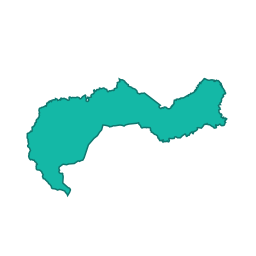 General Carneiro, Mato Grosso, Brazil, rotated 345°
{"feature_id": "56859067B19597598383135", "entity_name": "General Carneiro", "entity_type": "district", "adm_level": 2, "iso_a3": "BRA", "parent_name": "Brazil", "parent_adm1": "Mato Grosso", "projection": "mercator", "projection_center": [-53.353, -15.607], "detail": "fine", "context": "isolated", "style": "filled", "palette": "teal", "viewbox_px": 256, "rotation_deg": 345, "n_neighbors": 0, "source": "geoboundaries", "source_scale": "gbopen_adm2", "svg_char_len": 5821}
<svg xmlns="http://www.w3.org/2000/svg" viewBox="0 0 256 256"><g transform="rotate(345 128 128)"><path d="M132.3,78.4L132.1,81.1L129.4,81.4L129.2,82.7L127.9,84.7L128.1,85.8L127.7,86.3L125.2,86.5L124.8,86.7L124.5,87.8L123.7,88.0L123.2,87.6L120.5,87.6L119.5,87.2L118.6,87.8L117.9,87.7L117.5,86.9L117.4,85.2L116.0,84.4L115.3,83.3L114.6,83.0L112.4,83.2L111.7,82.9L111.1,82.1L110.6,82.2L110.4,82.9L109.7,83.4L108.1,82.8L107.5,83.1L107.2,83.7L106.1,84.1L105.2,82.5L104.6,82.8L104.6,85.1L103.5,86.0L101.4,86.3L100.7,87.0L100.6,88.5L98.3,88.6L97.1,87.8L96.8,88.1L96.8,89.0L97.4,90.0L97.4,90.9L96.4,91.8L95.6,91.9L95.1,91.6L94.6,91.0L94.6,90.3L95.5,88.8L95.0,87.8L95.5,85.7L95.2,85.1L92.2,86.0L90.8,87.1L89.7,87.5L89.0,87.2L88.6,86.0L86.9,85.0L85.6,85.2L82.0,84.1L81.1,84.3L79.9,83.0L79.3,83.0L78.9,83.5L78.6,85.6L77.3,85.8L76.8,85.5L76.1,84.3L75.4,84.0L73.9,82.7L72.7,82.9L71.1,81.8L70.7,82.1L70.6,83.1L70.1,83.5L69.3,82.8L68.6,83.2L67.2,83.2L67.0,81.9L65.6,80.8L65.4,81.5L64.8,81.9L63.6,81.5L61.7,81.5L60.9,82.7L60.4,82.4L60.1,81.7L58.6,81.9L58.5,82.7L57.6,82.5L57.3,83.0L56.5,82.9L55.9,83.1L55.9,83.8L55.3,84.6L55.0,85.4L54.5,85.8L54.0,85.2L52.2,85.7L50.9,85.9L50.0,85.7L49.1,86.1L48.2,86.0L47.5,86.2L46.6,87.7L46.5,90.5L45.9,90.8L45.7,93.0L45.2,93.4L45.1,94.3L44.0,94.8L43.8,95.5L43.4,95.8L42.7,95.8L41.5,96.6L41.0,97.7L41.1,98.4L40.7,98.8L39.8,98.9L39.3,99.4L39.0,100.7L38.3,101.0L37.9,101.7L36.5,102.1L36.2,102.6L35.5,102.5L35.2,104.3L34.4,106.2L33.9,106.4L33.1,105.9L32.1,106.8L31.4,106.9L30.9,107.3L29.6,107.2L29.1,107.6L29.0,109.0L28.5,109.7L28.6,110.4L28.2,110.8L28.1,112.0L28.6,113.2L28.0,114.6L28.3,115.1L27.9,115.8L28.0,117.5L27.3,118.5L26.6,118.9L26.4,120.0L27.6,121.6L28.0,124.4L26.3,126.2L26.2,126.7L25.5,127.4L25.7,128.2L24.8,129.3L24.7,130.0L24.8,131.7L25.3,133.1L25.8,133.6L26.4,133.4L27.6,133.9L27.9,134.5L29.1,134.9L29.4,136.4L30.1,137.0L30.3,138.0L30.8,138.8L30.9,139.6L29.9,139.9L29.8,140.7L29.2,141.6L29.2,142.6L28.8,143.7L29.4,144.9L31.8,145.8L33.3,147.9L33.3,148.9L34.0,151.3L33.0,152.3L32.8,153.1L33.2,154.0L33.0,154.9L34.6,155.9L34.9,156.9L35.8,158.0L35.9,158.6L36.8,159.8L36.9,161.1L37.9,162.1L38.8,164.4L38.7,166.1L39.2,166.9L42.1,168.1L43.9,169.7L45.9,169.6L47.5,170.3L50.6,172.5L50.9,173.8L52.1,176.3L52.2,177.6L54.9,175.0L56.3,173.0L56.4,172.4L55.9,171.0L54.7,170.1L50.9,164.4L50.9,163.7L52.6,158.8L52.9,157.5L52.7,156.0L53.1,155.4L52.9,154.8L51.1,154.5L50.1,153.4L50.0,152.0L51.0,151.1L50.7,149.3L51.5,147.8L55.7,146.2L56.3,146.3L59.2,147.6L61.5,147.4L66.9,148.4L70.9,147.0L71.6,147.0L72.6,147.7L73.8,147.3L76.1,147.3L77.9,145.4L85.4,134.0L92.4,129.2L96.4,127.5L99.3,124.8L102.0,123.0L104.5,118.7L105.9,119.1L108.8,120.5L110.4,121.6L110.5,122.1L112.7,122.3L114.4,122.0L116.0,122.5L120.9,123.0L122.9,123.8L124.7,125.1L126.4,124.4L129.8,124.4L137.7,125.7L139.6,125.7L139.6,127.3L140.4,128.4L140.7,129.3L140.7,130.3L141.5,131.6L143.4,131.5L144.8,132.0L145.4,132.0L145.9,132.5L146.4,132.4L149.4,133.4L149.6,135.0L149.1,135.7L149.7,137.3L149.5,138.0L150.0,138.2L150.9,139.3L151.9,140.9L153.1,141.6L154.4,143.1L154.4,145.5L155.1,145.9L154.9,146.6L155.4,147.3L155.3,148.3L156.0,148.6L158.6,148.7L158.2,149.3L158.6,149.6L158.8,150.3L159.4,150.3L159.8,150.7L161.5,151.0L162.5,150.7L163.2,151.8L163.9,151.8L164.4,151.3L164.8,150.5L164.5,149.3L165.1,148.7L167.9,149.7L169.9,150.0L170.7,148.9L171.9,148.8L173.3,150.3L176.1,151.0L178.6,149.5L181.3,148.6L181.9,148.8L182.3,151.2L182.9,151.3L183.8,150.6L185.2,150.8L186.5,149.3L187.3,148.8L188.8,148.3L188.9,149.9L189.4,150.3L190.8,148.5L192.5,148.4L194.5,147.5L194.9,146.9L194.9,145.8L195.4,145.7L196.4,146.0L198.9,147.1L201.2,145.5L201.9,144.7L203.6,144.2L204.2,144.7L204.8,144.7L205.5,144.2L206.1,145.4L207.7,146.0L209.9,148.5L210.8,149.2L211.1,150.2L211.7,150.5L213.1,150.6L213.6,150.1L213.3,148.1L213.7,147.7L214.6,148.5L215.7,148.7L217.3,148.1L217.8,148.1L218.6,149.6L219.1,150.0L220.7,150.3L221.9,150.0L223.1,148.1L223.7,147.9L223.1,146.6L225.7,144.8L224.8,143.7L224.0,144.1L223.5,143.9L223.2,142.5L222.2,143.2L221.8,142.1L220.9,141.7L221.0,140.9L222.0,139.9L221.9,139.0L221.7,138.6L221.0,138.8L220.0,136.4L220.3,134.1L222.0,133.7L221.8,132.8L221.9,131.9L221.3,131.4L221.2,129.6L222.4,129.1L223.3,129.3L223.0,128.4L223.2,127.7L224.6,127.1L225.5,125.6L225.7,124.3L226.4,123.5L228.5,122.2L228.3,120.9L230.1,119.9L230.5,120.2L231.0,120.1L231.3,119.6L231.0,118.2L230.6,117.7L231.0,116.8L230.6,116.2L230.2,114.5L229.6,113.4L229.7,112.6L229.2,112.3L229.6,111.6L229.3,110.8L229.4,110.2L228.6,110.5L228.4,109.9L229.2,109.2L229.2,108.7L228.3,107.7L228.3,106.9L227.4,105.6L226.4,105.4L225.9,104.8L224.1,105.5L223.5,105.3L224.0,104.9L224.0,104.4L222.0,103.4L220.7,103.0L218.8,103.0L217.3,102.3L214.8,100.1L214.2,100.1L213.9,100.8L213.1,101.0L211.1,102.4L210.3,102.6L209.9,103.0L209.8,103.8L209.3,103.6L208.9,103.0L207.9,104.5L206.4,104.9L206.7,105.6L206.6,106.3L205.3,106.9L204.7,106.6L204.5,108.0L204.2,108.4L203.4,108.4L203.4,109.0L203.0,109.4L202.7,108.9L202.2,109.2L201.2,110.5L198.3,111.2L197.6,110.8L197.2,111.4L196.5,111.6L195.0,111.6L194.9,112.1L194.3,112.7L193.6,112.1L189.4,113.3L187.0,112.8L186.3,112.8L185.8,113.4L185.1,113.1L184.4,113.5L183.4,112.9L182.7,112.8L182.1,112.8L181.7,113.7L180.7,113.2L179.9,113.2L178.9,115.5L178.8,116.4L177.9,116.9L177.5,117.4L176.3,117.7L176.1,118.6L175.1,118.7L174.6,119.7L173.0,120.1L171.7,119.8L170.6,118.8L170.5,118.2L169.7,117.6L168.4,117.1L167.9,117.7L167.4,117.9L166.9,117.7L166.6,117.3L165.9,117.3L164.8,117.8L164.2,117.3L163.4,115.8L163.6,115.0L165.1,114.4L152.9,98.5L151.5,98.4L149.8,97.9L147.9,98.2L147.4,97.5L146.3,96.9L146.1,96.2L146.2,94.5L145.1,92.5L143.5,91.2L142.6,90.9L142.1,89.7L139.1,87.6L139.5,86.2L138.2,85.0L137.9,84.0L137.1,83.4L137.1,82.4L136.8,81.8L135.2,80.1L133.4,79.5L132.3,78.4ZM158.8,150.3L157.9,150.1L158.2,150.7L158.8,150.3Z" fill="#14b8a6" stroke="#0f766e" stroke-width="1.5"/></g></svg>